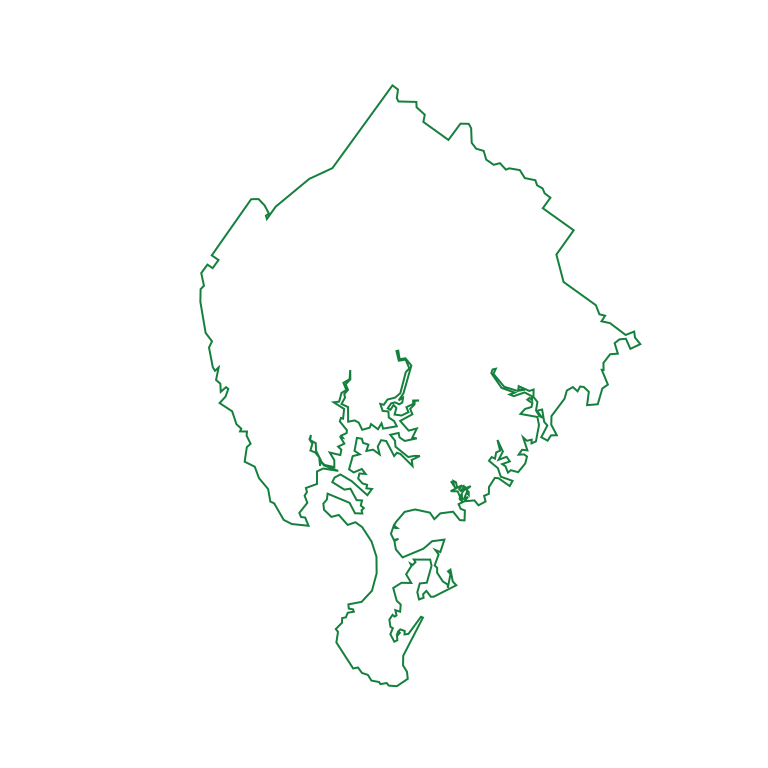 the district of Sutherland, New South Wales, Australia, rotated 116°
{"feature_id": "25037944B61744382554137", "entity_name": "Sutherland", "entity_type": "district", "adm_level": 2, "iso_a3": "AUS", "parent_name": "Australia", "parent_adm1": "New South Wales", "projection": "orthographic", "projection_center": [151.117, -34.072], "detail": "fine", "context": "isolated", "style": "outline", "palette": "green", "viewbox_px": 768, "rotation_deg": 116, "n_neighbors": 0, "source": "geoboundaries", "source_scale": "gbopen_adm2", "svg_char_len": 6166}
<svg xmlns="http://www.w3.org/2000/svg" viewBox="0 0 768 768"><g transform="rotate(116 384 384)"><path d="M111.9,507.3L212.6,525.0L232.4,541.1L272.1,559.1L287.0,561.6L284.4,563.9L281.3,562.1L275.8,569.7L272.8,577.7L276.1,584.4L343.9,595.2L345.1,587.1L355.0,588.8L354.1,595.0L364.4,596.9L374.6,588.9L379.2,590.4L390.6,585.1L416.3,566.7L421.0,557.3L427.9,557.3L444.0,545.2L446.2,541.7L441.6,539.9L454.0,536.7L455.5,531.2L462.6,527.3L456.1,524.6L456.7,521.8L464.9,520.9L473.2,523.4L475.1,508.5L484.8,499.0L486.7,492.7L489.7,492.6L486.8,486.3L490.6,484.9L496.2,477.7L500.9,479.6L514.9,475.2L515.0,463.9L523.4,455.1L529.2,442.1L539.5,434.6L539.4,430.4L550.1,414.6L550.3,405.5L544.5,389.7L538.6,396.3L539.9,400.3L537.0,403.6L524.4,400.8L519.2,406.4L514.8,405.9L511.7,408.6L503.2,400.4L492.0,405.9L486.6,401.6L482.2,387.0L483.5,402.3L481.1,407.2L485.7,405.5L478.3,410.1L475.7,415.8L476.0,421.0L469.0,422.2L466.4,426.7L461.9,427.3L466.8,425.8L467.1,419.4L473.7,415.9L481.6,405.6L482.8,402.0L480.5,392.2L474.2,395.3L469.4,402.7L467.0,392.1L461.8,393.5L460.4,397.8L455.0,393.5L451.1,399.5L450.5,397.3L449.2,399.9L444.5,396.1L441.8,397.1L437.0,407.3L433.4,407.8L433.1,405.6L423.9,408.9L422.5,421.2L419.5,416.6L410.7,418.3L405.9,415.2L400.7,421.0L394.8,417.0L386.2,420.5L394.6,416.3L401.1,418.4L405.0,413.8L410.6,415.3L413.1,413.1L420.6,413.4L420.5,406.2L433.6,399.7L429.6,394.4L429.8,389.8L434.7,383.5L429.5,377.7L425.7,378.1L427.3,369.6L420.4,369.0L424.5,365.2L416.4,354.0L412.9,358.6L412.0,365.0L406.7,368.0L408.8,373.4L403.5,378.6L402.8,375.1L396.5,374.1L391.4,368.1L385.2,365.3L363.8,369.6L358.8,368.1L352.6,375.3L356.6,380.9L349.0,387.2L347.8,385.8L354.9,380.8L351.5,376.0L355.4,367.5L384.0,362.4L392.3,363.6L387.9,360.9L392.7,359.4L395.5,361.4L395.7,366.1L398.3,369.1L404.2,370.0L404.3,366.9L398.7,366.2L400.1,362.4L406.8,361.1L404.6,354.4L398.6,349.7L395.0,353.7L389.1,349.0L386.1,350.6L383.4,345.3L385.8,349.0L389.0,347.6L394.9,349.6L398.8,345.2L410.1,353.3L415.1,341.4L409.6,335.0L419.8,335.0L418.5,330.7L426.1,340.4L425.2,346.6L421.6,349.4L426.9,356.1L430.1,349.3L435.3,346.2L439.0,330.2L435.3,325.2L433.0,320.2L440.1,325.8L445.2,322.4L439.7,338.6L440.2,342.3L444.3,343.3L434.3,357.0L435.8,362.0L443.0,362.2L449.2,357.0L447.8,365.0L451.9,370.5L445.3,371.4L446.1,377.0L442.9,379.9L444.3,384.7L457.0,381.2L457.8,374.9L462.5,380.5L476.0,378.0L476.8,372.5L470.1,366.7L472.9,361.1L475.2,366.8L480.3,365.8L482.8,359.8L482.0,355.0L485.5,354.1L483.6,348.8L491.2,350.2L485.5,370.4L484.4,383.5L489.7,387.4L494.8,387.5L496.3,373.3L492.8,368.3L500.4,357.7L498.3,352.7L503.4,351.6L504.4,347.7L507.4,348.8L509.9,346.7L512.9,353.4L505.9,362.8L507.3,386.6L512.9,384.7L518.1,386.1L523.3,382.8L526.5,373.0L521.5,367.2L526.6,354.9L520.8,349.1L522.2,340.9L531.0,326.2L542.5,315.1L557.4,307.6L575.1,304.2L589.6,308.6L597.7,319.4L601.3,317.2L600.1,313.0L601.9,311.3L605.5,316.3L610.4,316.0L612.8,319.0L617.0,317.1L625.4,319.9L626.9,316.7L637.2,313.5L653.2,287.0L650.2,283.1L653.4,277.1L652.5,271.0L656.1,265.3L654.0,257.7L655.3,255.7L651.6,250.5L653.0,247.5L650.0,240.0L638.6,233.4L632.6,237.2L628.6,243.5L619.8,247.6L576.9,246.6L577.0,248.7L597.9,252.5L600.1,255.8L596.9,257.1L597.4,261.7L600.1,262.8L602.5,262.6L599.9,260.5L604.8,261.8L608.4,259.7L611.1,261.8L606.1,268.6L599.6,269.0L599.4,271.8L593.4,275.9L587.7,275.1L588.4,272.5L586.5,271.3L582.3,274.7L581.6,269.7L574.9,272.3L573.3,277.5L563.3,286.3L555.0,281.1L550.9,272.3L545.3,280.7L535.4,279.6L533.9,281.5L534.1,278.9L530.3,277.6L528.7,280.2L521.6,265.5L526.5,261.6L543.8,258.4L547.6,264.4L556.5,262.8L562.3,258.1L558.8,254.7L555.8,256.7L551.4,255.2L554.7,248.5L553.3,246.0L533.2,230.8L531.4,235.6L521.7,242.9L524.3,244.3L525.7,240.9L539.2,237.3L536.3,238.9L535.7,244.5L530.3,253.6L525.9,255.6L524.9,258.9L513.2,260.2L510.7,265.1L510.4,259.7L497.4,261.5L504.2,271.8L514.8,276.4L531.7,291.3L527.4,300.9L520.5,305.9L516.8,303.1L519.9,306.7L515.6,312.1L507.1,313.1L508.6,310.8L507.6,309.0L506.9,312.9L503.1,312.8L489.9,309.4L483.1,301.0L479.5,286.3L483.4,279.5L475.6,276.7L468.5,265.9L473.1,256.2L471.3,251.8L462.2,255.9L462.6,260.3L459.3,264.3L455.6,261.4L454.2,265.7L452.3,266.2L453.8,263.1L448.6,265.9L451.9,266.4L448.2,270.7L451.1,277.1L446.5,273.6L442.1,281.2L443.1,277.6L440.7,279.2L440.8,276.3L445.0,272.8L440.8,269.3L445.5,270.4L446.5,268.0L442.7,267.4L446.3,266.0L442.7,265.0L440.6,268.7L441.4,264.4L437.7,261.3L443.0,263.7L443.8,260.6L446.6,259.2L445.3,262.1L451.9,261.8L448.7,258.9L454.2,260.4L449.0,251.7L451.6,245.9L445.1,241.2L440.6,245.0L436.8,241.6L430.6,244.5L419.8,243.2L418.5,239.8L420.6,226.3L414.7,226.0L416.1,238.4L409.7,244.8L407.0,256.0L402.5,255.2L402.4,251.5L396.3,253.2L393.0,250.4L384.6,257.5L392.6,247.5L401.9,247.8L395.7,241.9L398.4,237.0L404.2,242.6L404.7,238.7L409.3,233.8L405.8,232.1L404.5,224.8L393.5,222.2L386.5,223.7L385.9,227.4L388.5,232.0L382.6,231.1L380.8,226.0L371.0,235.6L372.4,230.7L369.3,226.9L372.7,225.4L369.0,222.3L352.9,226.7L346.4,231.7L351.1,248.2L344.5,246.2L340.1,241.4L336.2,242.2L335.3,248.3L332.7,247.1L333.6,243.8L330.2,245.7L329.9,253.9L338.0,262.0L338.3,266.4L334.4,262.7L336.0,276.6L327.2,292.3L323.4,292.8L321.3,290.2L326.9,290.1L333.8,274.8L331.7,261.0L327.4,254.9L330.0,260.9L326.9,262.0L326.5,250.3L323.4,247.1L330.0,244.1L332.9,238.2L341.1,235.8L344.8,230.2L344.7,227.6L341.0,234.7L337.6,230.7L347.8,223.4L349.7,219.0L362.9,219.3L363.2,212.1L357.0,211.4L354.3,206.2L347.3,215.8L339.5,219.4L318.1,215.3L309.7,216.8L304.0,212.9L305.7,206.8L300.3,206.6L299.1,203.1L301.2,196.5L314.0,192.2L308.5,183.0L292.3,185.8L286.4,182.5L275.8,194.5L275.1,192.8L268.9,196.0L258.1,193.8L254.2,187.1L246.2,194.6L240.7,192.0L237.3,186.4L244.4,178.0L235.8,171.1L232.2,178.8L227.2,182.1L234.0,188.3L230.2,207.6L232.3,216.0L225.7,215.2L226.9,221.0L220.3,228.1L213.6,267.3L192.1,285.8L162.7,280.9L156.4,318.3L143.6,316.1L142.2,323.2L138.7,327.2L138.3,333.5L134.5,337.3L137.2,347.7L132.2,355.7L135.3,366.1L137.9,368.4L134.7,376.6L138.9,381.5L137.5,390.5L130.8,396.6L132.1,404.3L128.8,410.9L115.9,417.8L113.0,421.9L116.5,429.4L136.4,433.1L131.2,463.5L124.1,465.4L121.0,476.0L116.3,478.6L123.7,494.8L121.5,497.8L113.2,500.5L111.9,507.3Z" fill="none" stroke="#15803d" stroke-width="2"/></g></svg>